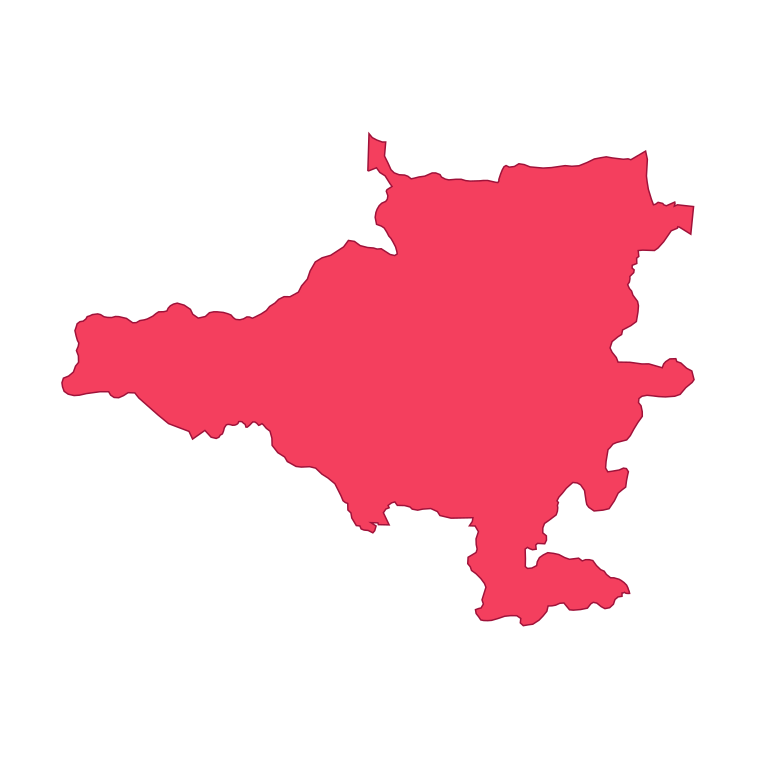 the district of Miahuatlán, Veracruz, Mexico, rotated 266°
{"feature_id": "50627088B71678919151694", "entity_name": "Miahuatlán", "entity_type": "district", "adm_level": 2, "iso_a3": "MEX", "parent_name": "Mexico", "parent_adm1": "Veracruz", "projection": "orthographic", "projection_center": [-96.884, 19.731], "detail": "fine", "context": "isolated", "style": "filled", "palette": "rose", "viewbox_px": 768, "rotation_deg": 266, "n_neighbors": 0, "source": "geoboundaries", "source_scale": "gbopen_adm2", "svg_char_len": 6144}
<svg xmlns="http://www.w3.org/2000/svg" viewBox="0 0 768 768"><g transform="rotate(266 384 384)"><path d="M588.3,557.8L590.4,544.8L593.1,539.2L594.3,533.9L591.9,529.3L591.6,524.1L593.4,521.0L592.4,518.9L589.5,517.0L585.4,515.0L580.2,512.9L578.4,512.7L577.0,511.6L577.5,509.2L579.8,501.6L580.1,497.1L580.0,493.7L580.4,484.1L581.2,479.6L582.8,475.4L583.2,469.9L583.1,462.9L584.1,459.5L586.4,455.8L589.0,454.5L590.9,450.4L591.2,446.8L588.5,439.2L588.1,433.3L587.2,428.4L586.8,425.4L589.6,422.3L591.0,419.1L591.7,413.7L593.9,408.9L597.3,405.9L604.1,403.4L611.4,400.4L625.3,402.6L625.5,399.2L627.9,393.8L630.6,389.5L634.8,386.5L598.1,382.8L597.7,383.6L600.2,391.6L595.3,394.6L591.6,399.6L583.4,404.0L580.5,405.8L577.7,400.6L576.2,399.7L571.5,401.0L568.1,400.2L566.0,398.4L564.5,394.3L562.2,391.6L558.8,389.3L555.7,387.9L550.9,386.8L543.8,387.7L541.7,392.4L539.6,395.1L535.1,397.5L531.3,399.1L528.7,401.1L525.1,402.9L520.0,405.1L515.6,406.0L512.9,406.3L511.4,403.7L512.8,399.1L519.1,390.7L519.1,386.5L520.4,383.1L521.3,377.2L523.7,369.9L528.3,364.5L529.7,358.5L523.6,353.3L516.1,339.8L514.2,331.0L510.6,324.0L501.9,318.2L494.0,314.9L487.6,308.6L481.6,305.0L477.6,296.3L478.1,290.4L475.8,284.8L472.3,280.8L469.3,275.3L465.5,271.8L462.5,266.4L459.9,260.2L458.8,257.3L460.2,254.5L460.5,251.9L458.8,248.4L458.1,244.8L458.8,240.5L460.7,238.3L463.5,236.2L465.0,233.1L466.6,228.7L467.6,222.8L467.9,219.3L467.3,214.8L463.8,210.5L462.7,203.3L466.9,198.1L472.0,196.1L476.6,190.2L479.1,183.4L478.4,179.5L476.9,176.3L474.7,174.0L472.0,172.5L471.5,169.3L471.7,164.2L470.2,161.5L467.8,158.1L465.4,152.4L464.7,149.3L464.3,144.9L462.5,141.2L462.6,137.6L467.4,131.7L469.7,124.2L470.1,120.8L469.3,117.1L469.7,112.9L470.6,109.4L473.0,106.1L473.9,103.3L473.6,98.0L472.5,95.2L471.9,92.6L469.7,91.2L467.7,88.3L467.4,85.0L465.5,82.1L462.1,80.8L458.8,79.4L453.5,80.2L448.9,81.2L446.2,82.4L442.9,81.6L438.8,79.5L433.5,81.1L426.9,80.8L423.3,77.5L417.6,75.0L413.9,69.9L412.2,64.6L407.7,62.8L403.6,63.1L399.0,64.4L395.9,68.2L394.1,74.0L394.1,79.4L395.2,86.4L396.1,100.0L395.5,108.8L392.0,110.5L389.4,113.8L388.8,118.4L390.6,123.4L393.2,128.1L392.5,134.8L387.1,138.5L369.0,156.3L359.5,166.3L350.3,186.2L342.4,189.2L350.2,202.1L343.0,207.8L341.4,212.8L342.4,215.6L344.4,217.0L345.5,219.3L348.2,220.6L351.5,221.7L354.3,223.9L354.6,225.7L354.2,227.9L353.4,230.0L353.4,232.4L354.0,234.3L354.9,235.6L356.6,236.4L356.6,238.1L356.2,239.8L354.7,241.1L353.4,242.7L350.6,243.3L350.5,244.6L352.3,247.1L355.3,250.4L355.1,252.6L353.7,254.4L351.5,256.1L351.9,257.5L353.0,259.5L351.7,260.8L348.0,263.5L344.9,267.0L337.7,268.4L330.6,268.1L322.9,273.3L318.1,279.8L313.4,282.1L307.9,290.5L306.9,295.7L306.7,304.1L304.8,310.0L298.3,315.9L294.2,321.5L287.9,328.1L275.5,333.3L270.4,335.0L268.4,337.2L267.4,339.5L260.8,339.2L257.7,342.0L252.6,342.5L244.7,346.5L244.1,350.0L241.0,351.1L239.7,353.9L239.0,358.0L236.3,362.5L238.3,364.5L242.9,366.2L246.6,361.3L245.9,368.2L244.1,368.6L243.1,379.3L255.6,374.4L259.1,377.1L260.2,380.5L262.6,379.6L264.9,383.3L265.6,386.6L262.0,388.8L261.3,396.1L259.5,401.4L257.2,403.4L255.8,408.8L256.5,414.0L256.5,422.0L253.0,428.4L248.9,430.6L245.5,441.5L244.4,463.4L240.7,462.5L236.6,459.3L236.0,465.0L230.1,467.9L223.1,465.0L217.4,464.8L212.8,465.4L209.5,464.1L205.3,455.8L198.9,455.0L195.7,457.3L191.9,458.3L188.2,462.7L183.2,467.0L178.0,470.3L174.1,471.5L161.8,466.7L157.6,467.8L153.8,465.2L153.5,463.0L152.5,459.5L148.6,459.9L145.0,462.3L141.9,464.1L141.1,466.9L140.7,470.9L140.7,474.8L142.1,481.4L143.9,488.2L144.1,494.3L143.6,500.3L140.6,504.1L136.2,503.3L133.2,506.1L133.7,511.1L134.0,515.7L137.6,522.2L141.5,526.5L145.9,530.6L151.1,532.2L151.0,536.2L151.4,539.8L153.0,544.1L153.0,548.2L145.8,553.3L145.2,557.1L145.3,564.4L146.2,571.3L150.3,575.0L151.6,577.5L150.6,581.0L146.7,585.2L144.5,588.7L145.1,593.5L148.3,597.5L152.9,599.4L155.3,602.7L155.6,606.6L158.9,606.9L158.9,608.0L159.4,609.4L158.6,610.3L158.3,611.1L158.0,612.9L158.0,614.4L160.1,614.1L161.8,613.5L163.6,613.1L166.4,612.0L169.2,609.6L171.4,607.0L172.8,604.9L174.6,599.9L174.9,596.5L178.5,592.6L181.9,590.6L183.7,587.2L188.0,583.3L193.3,580.0L194.4,576.6L194.7,572.9L193.7,569.4L196.7,566.0L196.2,556.8L198.2,552.2L201.7,546.5L203.2,541.4L204.3,535.6L202.4,531.0L200.0,527.0L196.0,524.5L192.2,523.6L190.1,518.7L190.0,514.3L192.0,512.2L199.8,512.9L209.5,513.3L211.0,515.7L209.4,518.1L208.3,520.6L208.6,524.3L212.7,524.1L214.3,526.0L213.4,533.2L216.9,535.2L221.2,535.4L224.5,532.0L229.4,532.4L233.7,534.4L236.2,538.6L241.4,546.6L244.9,548.1L248.4,548.7L250.9,548.5L253.6,549.7L255.4,548.4L258.9,550.5L263.0,554.7L267.3,558.6L272.6,565.5L271.8,569.9L269.7,573.1L263.8,576.6L253.2,577.4L249.6,577.9L246.7,579.7L242.7,584.7L242.9,593.6L243.9,599.8L251.3,605.6L258.8,610.0L261.8,614.1L264.3,617.9L270.7,619.2L276.9,620.9L279.4,621.7L282.7,619.9L283.4,617.0L281.8,612.6L281.1,605.5L280.8,601.1L284.7,599.2L291.1,600.1L302.9,602.9L304.9,605.2L308.1,608.2L309.4,611.9L311.3,622.2L315.3,626.1L321.6,630.1L327.9,634.6L333.7,639.4L338.3,639.7L344.3,638.9L347.7,636.6L351.7,637.3L353.8,640.5L354.4,645.6L353.5,650.9L352.3,657.0L351.5,663.8L351.5,673.2L353.0,678.7L359.3,684.8L364.1,691.5L366.7,693.6L375.5,692.0L378.6,687.0L384.2,681.7L386.0,677.6L388.9,676.9L389.1,670.9L386.6,666.5L384.5,664.4L380.8,662.7L385.6,649.6L386.0,642.7L388.5,630.9L389.5,619.0L394.2,617.6L399.7,613.8L404.2,612.0L410.4,614.5L414.8,620.7L416.8,624.5L421.3,625.8L425.0,634.3L428.7,640.1L438.2,642.4L444.3,643.3L448.7,642.7L455.3,638.5L459.4,637.5L462.1,635.5L466.1,634.0L468.6,635.9L471.9,636.7L474.1,636.7L477.7,640.9L480.4,641.5L482.3,639.6L485.1,639.9L486.6,644.6L491.9,644.8L493.5,647.1L499.4,646.9L499.5,651.4L498.3,663.1L500.5,666.8L506.4,672.9L516.8,681.2L519.0,687.6L520.4,688.1L519.9,689.6L512.0,700.5L539.4,705.2L542.3,689.2L541.1,686.0L543.8,686.9L545.2,686.7L542.1,678.1L543.1,675.8L544.7,674.6L546.1,670.1L544.4,667.4L544.0,665.3L549.8,663.6L559.8,661.3L567.3,660.6L573.2,660.3L589.7,662.4L598.1,661.2L590.5,645.9L591.6,643.2L591.5,638.4L593.6,627.5L595.1,621.6L594.6,616.0L593.8,609.5L590.8,602.1L588.1,593.7L588.1,586.6L589.2,579.9L588.2,566.1L588.3,557.8Z" fill="#f43f5e" stroke="#9f1239" stroke-width="1.5"/></g></svg>